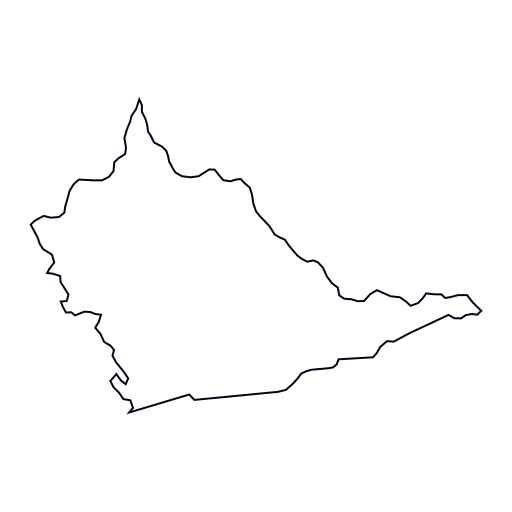 São Miguel das Matas, Bahia, Brazil
{"feature_id": "56859067B28350872520610", "entity_name": "São Miguel das Matas", "entity_type": "district", "adm_level": 2, "iso_a3": "BRA", "parent_name": "Brazil", "parent_adm1": "Bahia", "projection": "robinson", "projection_center": [-39.418, -13.038], "detail": "fine", "context": "isolated", "style": "outline", "palette": "ink", "viewbox_px": 512, "rotation_deg": 0, "n_neighbors": 0, "source": "geoboundaries", "source_scale": "gbopen_adm2", "svg_char_len": 2115}
<svg xmlns="http://www.w3.org/2000/svg" viewBox="0 0 512 512"><path d="M129.2,412.5L189.2,394.5L194.4,399.9L278.3,391.8L286.0,389.8L292.8,383.8L297.7,378.4L301.2,373.6L306.3,371.2L311.7,369.7L327.7,368.3L332.8,367.5L336.6,364.5L338.6,359.3L373.0,357.3L376.8,353.0L380.1,347.1L386.9,341.2L393.8,341.6L405.7,335.2L411.4,332.3L448.5,314.9L454.3,318.2L461.1,318.4L465.6,315.2L471.7,314.0L477.2,314.7L481.3,310.8L477.0,306.7L472.2,301.8L467.1,295.1L458.2,295.1L450.4,297.1L445.2,298.0L441.3,294.3L434.3,294.3L426.2,293.4L422.6,298.4L418.2,303.0L410.6,305.8L405.8,301.3L399.7,297.2L390.8,296.3L384.1,293.4L377.0,290.2L370.2,294.1L364.1,301.0L357.8,301.2L351.6,299.3L344.2,298.7L339.3,295.4L337.8,287.6L332.2,283.5L326.9,276.5L323.1,267.9L318.0,262.4L313.5,260.4L307.3,261.7L301.8,258.9L297.2,255.4L293.5,251.0L289.1,245.9L284.9,239.7L280.3,237.7L274.7,234.5L269.4,226.1L263.9,220.3L259.5,215.7L256.0,211.3L253.4,203.7L251.9,194.2L249.8,187.7L244.3,182.9L240.7,179.0L235.8,179.6L230.3,181.3L223.3,180.2L218.5,174.6L214.7,169.7L209.4,169.4L203.8,172.9L198.7,176.2L190.5,177.3L181.9,176.2L175.3,172.4L172.5,167.9L169.1,161.4L168.1,156.2L166.3,150.9L162.3,146.8L154.1,142.5L150.9,136.0L148.0,131.4L147.3,125.6L145.5,119.0L141.9,111.9L141.9,105.0L139.2,99.5L136.1,109.1L131.7,115.5L129.8,122.5L126.9,129.4L124.4,138.1L126.0,147.7L125.2,154.0L118.7,158.1L114.3,162.2L113.5,171.2L108.9,176.8L102.2,180.3L92.4,180.3L85.5,179.9L78.8,179.6L73.7,184.2L69.7,190.6L66.9,200.7L65.3,206.1L64.3,212.7L59.0,217.0L50.8,217.7L43.8,215.9L38.8,218.5L34.6,220.9L30.7,224.6L34.9,232.4L37.7,237.7L39.7,243.8L43.2,249.3L47.6,251.9L52.1,254.8L54.2,262.6L49.6,268.5L47.1,273.0L52.9,273.7L60.1,276.0L60.6,282.1L65.1,289.1L68.5,294.6L66.7,301.0L60.8,301.5L62.8,306.7L65.9,312.5L71.3,312.3L75.0,315.4L84.3,311.7L90.3,312.0L95.2,314.0L101.0,314.7L98.9,321.6L95.2,327.7L100.5,334.0L104.1,341.9L110.4,345.6L114.0,349.9L112.5,355.6L116.0,362.2L120.3,367.5L124.1,372.3L128.2,378.4L125.7,384.2L121.0,380.5L116.3,374.1L110.4,381.0L113.7,387.5L118.9,392.5L123.4,399.1L130.3,400.3L133.0,407.9L129.2,412.5Z" fill="none" stroke="#020617" stroke-width="2"/></svg>